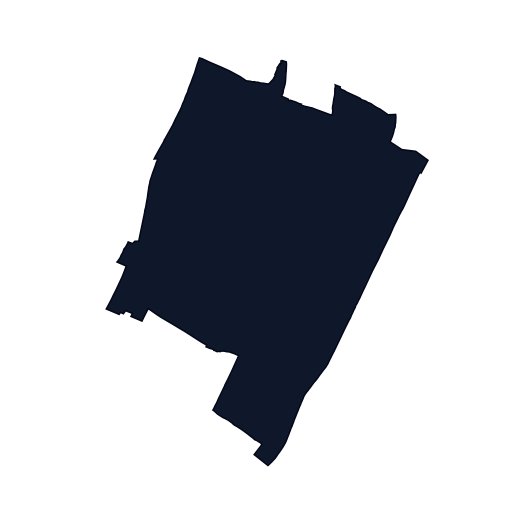 Brabova, Dolj, Romania, rotated 290°
{"feature_id": "2599482B55634760087825", "entity_name": "Brabova", "entity_type": "district", "adm_level": 2, "iso_a3": "ROU", "parent_name": "Romania", "parent_adm1": "Dolj", "projection": "natural_earth1", "projection_center": [23.43, 44.36], "detail": "fine", "context": "isolated", "style": "filled", "palette": "ink", "viewbox_px": 512, "rotation_deg": 290, "n_neighbors": 0, "source": "geoboundaries", "source_scale": "gbopen_adm2", "svg_char_len": 6092}
<svg xmlns="http://www.w3.org/2000/svg" viewBox="0 0 512 512"><g transform="rotate(290 256 256)"><path d="M404.8,384.9L409.0,370.3L408.4,367.6L405.9,356.7L409.1,343.1L409.6,343.0L410.5,343.0L411.5,343.1L412.3,343.1L414.0,343.2L415.9,343.2L417.8,343.1L419.6,343.0L421.5,342.7L422.7,342.5L423.3,342.6L424.2,342.6L425.0,342.6L427.1,341.9L427.4,341.8L428.1,341.8L429.4,341.5L432.0,340.7L432.5,340.5L433.7,340.2L435.3,339.5L436.6,339.0L436.8,338.8L433.9,331.8L436.4,322.6L436.9,318.4L437.6,315.1L438.4,312.3L438.6,310.6L438.5,308.9L438.6,308.3L439.0,306.6L439.1,305.2L439.0,303.1L439.1,301.7L439.2,300.9L439.7,300.3L440.2,296.0L440.7,289.2L441.1,284.6L441.6,282.9L441.7,281.7L441.8,279.2L442.0,278.9L442.0,278.7L442.1,278.2L442.2,277.9L442.4,277.7L442.7,277.5L443.1,277.4L443.8,277.3L443.8,273.9L443.9,271.9L442.9,272.5L441.1,272.8L440.4,272.8L439.4,273.2L437.8,273.7L436.2,274.3L434.6,274.7L433.4,275.0L431.4,275.2L429.3,275.6L427.4,276.0L424.9,276.5L422.8,276.8L420.5,277.5L419.1,278.3L417.5,278.8L414.5,279.3L414.2,277.4L414.2,268.0L414.2,263.1L414.3,258.1L414.0,255.9L413.7,253.1L413.4,250.9L413.2,247.3L413.1,246.9L413.9,246.8L414.2,246.8L414.0,244.0L414.3,241.1L414.2,237.5L414.1,235.2L413.9,234.5L413.4,234.4L413.2,234.0L413.2,233.7L413.4,233.2L414.0,232.9L414.5,232.7L414.9,225.4L416.2,225.5L417.2,225.6L418.0,225.6L419.1,225.5L421.8,224.9L422.9,224.9L426.8,224.6L428.2,224.4L430.1,224.0L432.6,223.3L437.4,221.8L439.8,221.2L442.8,220.3L445.0,219.6L446.8,219.0L448.8,218.1L448.8,217.0L448.7,216.9L448.7,214.3L448.6,213.6L448.4,213.3L448.2,213.2L447.8,212.7L447.5,212.8L446.2,213.3L445.5,213.7L444.9,214.0L445.4,213.3L444.7,213.1L444.9,212.7L443.8,212.3L443.7,212.4L440.1,211.5L440.1,212.0L437.8,211.9L432.8,211.7L432.5,212.4L431.4,212.2L430.4,212.0L429.5,211.8L428.9,211.8L427.9,211.6L427.2,211.4L426.4,211.0L425.0,210.4L424.0,210.0L423.1,209.6L422.4,209.3L422.2,209.2L421.6,207.7L420.7,203.0L420.2,201.7L420.0,199.0L419.9,198.0L419.6,197.5L419.4,196.6L419.2,194.7L418.9,194.1L418.6,193.5L418.5,193.1L418.4,192.5L418.4,192.1L418.3,191.4L418.2,190.6L418.0,189.8L417.9,189.1L417.6,188.6L417.4,186.6L417.4,186.3L417.7,185.4L419.1,179.8L420.5,170.5L420.9,167.6L421.1,164.9L421.6,158.4L422.3,145.6L423.0,137.7L422.8,135.1L422.1,135.1L415.6,135.2L407.0,135.7L402.9,135.6L396.5,135.6L391.4,135.4L389.4,135.4L388.2,135.5L387.2,135.7L383.1,135.3L382.0,135.3L381.2,135.2L379.7,135.3L378.6,135.3L377.6,135.4L376.8,135.2L373.6,135.0L371.9,135.0L369.9,135.0L368.2,134.8L366.8,134.7L366.1,134.8L365.1,134.4L363.4,134.3L362.5,134.2L360.0,133.9L357.1,133.5L353.2,133.2L351.4,133.0L350.6,133.0L350.0,133.0L348.7,132.6L347.4,132.5L346.8,132.4L346.2,132.3L345.3,132.1L343.8,131.9L340.9,131.4L336.4,130.7L335.1,130.6L334.6,130.3L333.9,130.2L333.4,130.1L333.0,130.2L332.6,130.2L330.9,130.0L325.6,129.1L323.4,128.7L321.7,128.4L315.7,127.5L313.5,127.2L312.3,127.1L312.5,127.5L313.2,129.2L313.6,130.3L313.5,130.5L311.6,130.5L310.1,130.4L308.9,130.4L307.6,130.5L304.1,130.5L301.8,130.5L299.4,130.5L298.0,130.5L296.3,130.6L292.9,130.7L291.6,130.7L290.1,130.8L288.1,131.2L284.6,131.6L281.4,132.3L279.3,132.7L277.0,133.2L274.9,133.7L273.6,134.0L269.9,134.6L265.5,135.4L263.8,135.7L261.1,135.9L258.4,136.5L229.8,140.7L229.7,140.3L228.4,137.1L225.5,135.8L225.5,133.5L225.5,131.1L224.3,131.1L220.3,130.5L219.6,130.4L217.6,129.6L216.9,129.5L215.3,129.6L214.0,129.6L210.5,129.0L209.2,129.0L208.4,129.0L204.3,128.0L202.8,127.4L202.7,128.9L202.4,133.8L202.2,137.5L200.3,137.5L195.9,137.5L189.9,137.3L175.7,136.0L170.0,135.3L166.3,135.0L161.7,134.4L155.0,133.4L154.3,147.4L156.6,147.9L156.4,151.2L157.7,151.5L160.0,152.2L159.8,159.4L158.4,159.4L156.4,159.2L156.3,162.4L155.8,171.1L160.8,171.6L169.6,172.7L169.2,174.8L167.1,182.6L166.1,186.7L160.8,214.6L156.6,233.2L156.0,236.4L155.4,240.1L153.6,240.1L153.4,244.1L153.6,246.8L153.6,247.2L153.5,248.0L153.2,248.3L153.0,248.5L152.9,248.9L153.1,249.4L153.0,250.4L152.9,250.8L152.8,251.2L152.8,252.1L153.0,252.6L153.4,253.1L153.5,253.4L153.7,254.2L153.8,254.9L154.2,255.5L155.0,256.3L155.1,256.6L155.3,257.4L155.7,258.7L155.9,260.2L156.2,262.0L156.4,262.6L156.7,263.1L156.8,268.9L156.4,273.8L140.2,272.6L137.8,272.4L132.0,271.8L129.8,271.6L124.2,270.9L122.4,270.9L120.6,270.7L117.3,270.4L115.7,270.2L112.3,269.9L111.1,269.7L107.1,269.4L106.5,269.4L105.5,269.3L103.4,269.1L102.4,268.9L101.8,268.8L100.6,268.7L99.5,268.6L96.7,268.3L96.5,268.2L96.2,269.2L95.5,271.1L94.9,272.5L94.3,273.9L93.6,276.9L92.9,280.0L92.7,282.5L92.2,286.1L90.9,290.6L90.3,291.8L89.7,293.6L89.4,295.4L89.1,297.2L87.7,303.1L86.0,308.8L84.7,312.7L83.9,315.3L82.9,317.7L82.9,318.8L82.8,320.3L82.4,321.6L82.3,322.3L82.1,323.5L81.8,324.5L80.8,326.0L68.7,322.2L66.0,330.5L63.2,338.9L65.0,339.8L67.6,341.1L72.8,343.3L77.3,344.4L81.4,345.6L86.4,346.8L90.7,347.5L91.5,347.6L92.2,347.6L94.8,347.7L96.0,347.7L99.2,347.8L101.4,347.8L102.5,347.8L103.4,347.9L104.3,347.8L105.1,347.9L105.5,347.8L106.3,347.8L107.3,347.9L108.1,348.1L109.4,348.0L112.9,348.1L114.5,348.0L114.8,348.0L119.6,348.2L121.0,348.2L124.1,348.3L126.0,348.4L127.7,348.4L128.5,348.5L129.5,348.5L130.2,348.5L131.4,348.7L132.1,348.7L133.2,348.6L134.0,348.7L137.1,348.9L139.5,349.0L140.0,349.0L140.3,348.9L141.0,349.1L141.7,349.2L142.4,349.4L143.2,349.5L143.8,349.7L145.6,350.2L147.2,350.8L149.0,351.3L150.8,351.9L152.8,352.5L153.6,352.7L154.6,353.0L155.6,353.3L157.3,353.8L157.9,354.0L158.5,354.3L158.7,354.5L159.8,354.8L160.9,355.2L162.9,355.8L164.9,356.3L165.7,356.5L167.2,357.0L170.9,358.1L172.5,358.6L173.9,359.1L175.6,359.6L177.5,360.0L178.3,360.2L179.3,360.4L180.9,360.5L186.5,361.1L188.2,361.3L194.0,362.0L204.9,363.1L208.2,363.4L217.6,364.3L228.2,365.5L229.3,365.8L230.4,365.9L232.1,365.9L239.3,366.5L241.4,366.8L242.2,366.8L242.7,366.7L244.3,366.8L244.9,367.0L246.0,367.2L249.4,367.5L251.1,367.8L260.1,368.5L263.6,368.9L266.0,369.1L282.8,370.6L294.1,372.1L305.4,373.0L321.0,374.7L330.8,375.3L332.7,375.5L339.7,376.3L343.3,376.6L344.4,376.8L348.3,377.3L349.4,377.6L353.3,378.1L365.1,379.0L376.6,380.0L388.6,381.0L389.7,381.2L390.2,381.5L390.6,381.9L390.6,382.4L390.4,382.8L404.8,384.9Z" fill="#0f172a" stroke="#020617" stroke-width="1.5"/></g></svg>